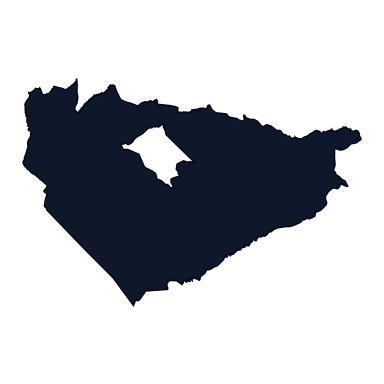 Chimbonila, Niassa, Mozambique (orthographic projection)
{"feature_id": "85939544B92418523619922", "entity_name": "Chimbonila", "entity_type": "district", "adm_level": 2, "iso_a3": "MOZ", "parent_name": "Mozambique", "parent_adm1": "Niassa", "projection": "orthographic", "projection_center": [35.277, -13.424], "detail": "fine", "context": "isolated", "style": "filled", "palette": "ink", "viewbox_px": 384, "rotation_deg": 0, "n_neighbors": 0, "source": "geoboundaries", "source_scale": "gbopen_adm2", "svg_char_len": 5909}
<svg xmlns="http://www.w3.org/2000/svg" viewBox="0 0 384 384"><path d="M209.5,105.0L207.9,105.5L207.0,108.0L205.4,109.0L203.9,108.8L203.8,108.3L203.2,108.0L202.3,108.8L201.1,108.1L200.3,108.5L198.7,108.6L197.6,109.5L195.7,109.3L193.7,109.9L192.0,109.7L191.5,111.4L188.7,112.4L183.5,112.0L181.9,112.5L177.4,111.9L177.9,108.9L177.8,107.7L175.5,106.7L169.9,105.6L157.8,104.3L157.2,103.6L157.5,101.9L156.5,99.5L152.3,101.8L151.7,101.9L150.8,100.7L150.2,100.7L148.0,102.0L144.6,101.9L140.8,103.3L139.5,105.2L137.0,105.7L130.5,103.2L125.3,101.8L121.1,99.8L120.4,99.1L117.2,92.8L115.1,87.6L114.9,86.0L113.2,85.0L112.0,85.5L110.3,85.0L108.2,87.7L109.1,88.8L108.1,89.5L107.2,89.5L106.3,90.7L106.1,91.9L104.8,91.9L104.2,93.1L101.6,92.8L100.3,94.1L98.9,94.0L98.5,95.4L97.0,94.6L96.3,94.6L95.9,95.0L96.4,95.8L94.0,95.2L94.0,96.9L92.7,96.9L92.5,97.8L91.7,97.8L91.2,98.9L90.6,98.7L88.8,100.1L89.1,101.2L87.0,101.7L86.6,103.3L85.3,103.3L83.1,106.4L82.9,107.6L81.2,108.1L81.5,109.3L80.3,109.8L80.6,111.0L79.4,110.8L79.5,111.9L78.4,112.4L78.2,113.0L74.7,110.0L75.0,106.9L77.0,102.9L77.8,97.3L76.9,91.7L77.2,84.8L76.6,78.5L76.0,82.0L75.2,82.0L74.1,83.6L71.7,85.3L69.6,87.5L68.7,87.5L69.1,88.3L67.0,89.0L66.5,89.7L64.1,89.3L62.5,88.5L57.5,87.4L54.2,86.3L53.6,86.6L53.5,88.2L52.0,89.1L52.0,90.2L50.4,91.5L50.0,92.6L49.1,93.1L48.6,93.9L47.9,94.1L47.1,93.7L45.9,94.7L43.0,94.6L42.1,94.0L40.3,88.6L39.6,87.9L39.2,88.7L37.9,88.9L35.5,88.4L34.4,90.1L31.0,92.4L30.1,92.7L28.8,92.5L28.8,93.2L29.7,94.5L29.8,95.7L29.2,98.0L28.4,98.4L26.4,101.3L24.9,104.4L25.4,108.5L25.1,109.4L25.5,111.5L25.3,112.5L26.0,113.8L26.2,116.4L27.1,116.9L27.3,117.5L26.9,119.6L27.5,120.0L26.9,120.4L27.2,121.0L26.9,122.0L27.8,123.1L28.1,125.9L27.8,126.1L29.3,127.1L29.5,127.6L29.4,128.3L28.5,128.9L28.2,129.7L28.7,130.4L31.0,131.5L31.1,132.0L30.5,134.0L30.7,136.1L28.3,140.7L27.7,142.7L28.0,147.2L26.6,151.0L27.1,152.3L26.1,153.0L24.3,158.6L24.7,159.8L24.0,160.2L23.0,162.3L23.9,165.0L24.6,165.5L25.2,166.9L26.3,167.0L27.2,169.1L27.7,168.9L28.5,169.9L29.6,169.7L30.0,170.3L29.7,171.0L31.5,172.8L34.0,174.3L34.9,173.8L35.0,174.8L35.6,175.5L36.5,175.5L37.0,176.7L38.2,177.2L40.0,179.4L42.3,180.8L44.0,182.6L46.9,184.9L47.3,185.7L46.8,187.3L43.9,190.9L44.5,192.1L46.9,193.7L46.9,195.5L46.5,195.9L45.1,200.9L44.4,205.9L44.7,206.6L46.3,207.9L46.8,209.9L85.7,250.3L113.1,277.8L133.5,305.5L135.4,300.5L136.4,300.2L137.6,300.8L139.6,299.7L145.7,291.0L167.4,289.4L167.8,288.2L166.7,285.3L166.9,284.4L168.1,281.7L169.6,280.5L176.6,280.7L182.0,284.5L183.5,282.3L183.5,281.4L184.1,280.5L185.3,280.7L185.8,281.7L186.7,282.1L187.2,280.1L188.9,281.4L190.0,281.4L189.8,280.4L190.3,279.0L192.3,280.6L192.2,277.8L197.4,279.1L198.5,280.0L199.5,280.1L200.2,278.6L199.6,277.9L200.1,277.5L200.1,276.9L204.8,273.4L206.7,269.8L207.3,269.5L208.0,269.8L209.9,269.5L215.0,266.5L217.4,265.7L223.5,259.6L224.4,257.0L226.5,257.1L227.4,256.7L227.3,255.6L228.9,254.2L229.6,254.4L230.0,255.7L230.5,255.7L231.7,254.1L233.3,254.3L234.5,252.6L236.0,251.7L236.6,250.5L240.8,249.6L240.9,248.5L241.8,247.8L244.9,247.0L245.4,245.5L248.6,245.8L249.5,244.9L249.7,243.5L250.6,243.0L251.0,242.2L252.4,241.5L252.0,240.7L252.5,239.8L253.7,239.7L255.5,240.7L256.4,240.5L256.9,238.4L257.9,237.8L258.1,236.2L260.9,237.1L261.7,236.0L264.8,236.1L267.1,234.5L268.0,233.4L268.3,232.2L271.2,231.7L273.3,229.8L277.1,227.9L285.6,226.6L289.2,226.6L293.8,225.4L300.7,222.2L302.4,220.0L304.9,219.6L307.2,218.0L309.3,218.9L310.3,218.1L311.9,217.9L313.0,216.9L314.3,216.7L315.0,215.8L315.1,213.2L316.0,212.5L316.6,211.3L318.0,211.6L321.2,209.8L326.0,204.9L326.5,203.8L326.6,202.0L325.7,200.0L325.3,196.6L328.2,191.9L331.0,189.4L332.5,188.1L335.6,188.1L337.1,188.7L337.7,188.6L339.6,186.7L340.4,184.1L342.1,184.4L346.6,186.5L347.7,186.2L345.1,181.1L341.9,179.3L339.1,176.6L335.8,174.5L335.5,172.8L333.4,170.1L334.7,166.4L335.0,164.4L334.5,157.4L334.6,149.6L335.2,148.4L340.1,150.1L343.4,149.5L347.0,147.7L350.4,144.3L352.0,143.6L356.1,142.9L360.5,139.8L361.0,139.0L360.5,137.3L359.7,136.9L359.0,133.0L358.3,131.5L357.4,131.2L356.9,130.4L355.9,130.4L355.0,131.0L354.3,130.9L353.5,131.7L350.7,130.2L350.6,129.0L350.0,129.1L349.5,129.9L348.0,128.6L347.1,128.6L347.0,128.1L345.5,126.9L343.7,127.8L343.2,127.1L342.6,128.4L341.5,128.5L341.4,129.5L341.1,129.7L340.3,129.1L339.3,129.3L339.4,129.9L338.4,130.6L337.6,130.2L336.8,130.7L336.4,131.7L334.5,130.9L333.7,131.5L332.3,130.2L331.5,130.7L331.7,129.3L329.6,130.8L328.1,130.6L327.6,131.4L326.3,131.7L325.9,132.3L324.0,131.7L322.9,132.1L321.9,133.3L321.2,133.4L319.9,132.6L319.9,131.7L318.2,130.9L317.2,131.5L316.6,130.4L314.1,131.4L312.6,132.7L309.6,134.1L308.2,135.7L303.9,137.3L301.7,138.9L299.6,138.6L298.1,139.2L297.1,137.7L296.0,137.9L295.4,137.3L295.6,138.3L294.4,138.7L294.3,138.0L293.9,137.7L292.9,138.4L290.9,137.9L289.3,136.0L288.2,136.6L287.5,136.5L286.2,135.0L282.9,134.1L280.8,131.0L279.7,130.4L276.9,130.6L271.0,126.1L267.1,124.8L265.7,125.1L264.0,126.4L262.4,126.4L261.5,126.0L257.5,121.3L253.9,119.4L250.8,119.5L247.0,118.2L246.2,117.8L244.4,115.2L243.7,115.5L244.2,118.9L244.0,120.6L243.1,121.1L239.2,120.2L237.0,118.6L230.0,117.3L228.3,116.4L226.9,114.4L225.8,113.8L217.3,113.0L215.5,112.5L212.0,109.8L209.5,105.0ZM158.4,127.1L163.5,123.6L163.5,127.2L165.3,130.7L166.0,134.5L195.0,162.8L190.4,161.8L187.0,162.1L183.6,160.8L177.3,163.9L176.9,164.8L176.3,169.1L177.3,170.7L178.1,171.2L178.3,173.6L179.8,176.1L174.3,177.6L171.1,179.1L171.0,182.2L173.1,186.2L172.1,188.9L171.3,187.6L170.7,187.9L169.7,187.4L169.5,186.3L167.6,184.6L167.0,184.4L166.0,185.0L161.3,180.6L157.0,179.0L155.8,174.1L154.8,172.8L151.5,170.7L145.2,167.6L144.2,166.4L138.9,154.3L127.9,149.5L123.7,149.5L122.9,148.8L121.0,144.9L121.3,144.1L124.4,143.9L126.2,142.6L127.3,144.4L128.5,144.5L129.8,143.9L132.3,142.3L134.2,139.3L136.2,137.4L142.7,133.5L148.4,128.1L152.0,127.7L153.1,126.8L153.9,126.6L154.8,126.9L157.7,126.5L158.4,127.1Z" fill="#0f172a" stroke="#020617" stroke-width="1.5"/></svg>